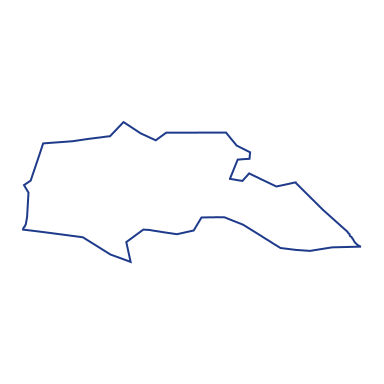 outline of Bayanxairxan, Dzavhan, Mongolia
{"feature_id": "93677404B10694461963849", "entity_name": "Bayanxairxan", "entity_type": "district", "adm_level": 2, "iso_a3": "MNG", "parent_name": "Mongolia", "parent_adm1": "Dzavhan", "projection": "mercator", "projection_center": [96.395, 49.358], "detail": "fine", "context": "isolated", "style": "outline", "palette": "blue", "viewbox_px": 384, "rotation_deg": 0, "n_neighbors": 0, "source": "geoboundaries", "source_scale": "gbopen_adm2", "svg_char_len": 3077}
<svg xmlns="http://www.w3.org/2000/svg" viewBox="0 0 384 384"><path d="M226.1,132.6L216.6,132.6L213.7,132.6L209.9,132.6L198.6,132.6L195.0,132.7L194.6,132.7L193.8,132.7L193.3,132.7L191.8,132.7L191.3,132.7L191.0,132.7L190.2,132.7L189.7,132.7L184.6,132.7L184.2,132.7L181.9,132.7L181.4,132.7L178.0,132.7L177.6,132.7L173.2,132.7L172.4,132.7L171.7,132.7L166.8,132.7L166.4,132.7L166.2,132.7L165.2,133.4L155.9,140.2L155.8,140.3L155.1,140.0L149.2,137.3L148.3,136.8L147.7,136.6L147.3,136.4L144.5,135.1L144.2,135.0L143.8,134.8L143.4,134.6L142.5,134.2L142.2,134.1L141.7,133.8L141.2,133.6L140.8,133.4L140.7,133.4L139.9,132.8L139.3,132.5L138.9,132.2L138.0,131.6L137.7,131.4L124.8,122.9L123.6,122.1L123.1,122.5L119.5,126.3L118.6,127.2L115.7,130.3L111.2,135.0L110.4,135.9L110.1,136.2L105.5,136.7L101.3,137.3L99.8,137.5L98.1,137.7L97.2,137.8L96.9,137.8L96.7,137.9L96.3,137.9L87.0,139.1L84.2,139.5L80.9,140.0L72.8,141.2L63.7,141.9L51.1,142.8L48.6,143.0L48.4,143.0L43.2,143.4L42.4,145.6L41.0,150.0L34.4,169.6L33.8,171.4L32.9,173.9L32.5,175.2L30.7,180.6L24.0,185.1L28.5,192.7L28.1,199.1L27.1,216.9L25.8,224.3L25.6,224.7L25.4,225.0L25.2,225.3L25.1,225.6L25.0,225.9L24.9,226.1L24.8,226.5L24.6,226.8L24.3,226.9L24.0,227.1L23.7,227.4L23.6,227.7L23.5,228.1L23.4,228.6L23.1,229.0L23.0,229.3L23.0,229.6L38.0,231.4L41.1,231.8L45.8,232.4L60.4,234.3L80.8,237.0L82.9,237.3L100.7,248.4L101.0,248.6L110.4,254.5L130.6,261.9L126.3,242.1L143.3,229.6L148.5,229.9L149.0,229.9L150.2,230.1L150.3,230.1L150.9,230.2L151.8,230.4L153.2,230.6L155.6,231.0L156.4,231.1L157.3,231.2L157.6,231.3L157.8,231.3L158.3,231.4L158.8,231.5L159.1,231.5L162.6,232.1L176.9,234.2L184.7,232.5L184.9,232.4L193.7,230.5L194.0,229.9L194.2,229.7L194.3,229.5L194.4,229.4L195.9,226.8L201.5,217.5L210.2,217.3L211.2,217.3L214.0,217.3L214.3,217.3L214.8,217.3L215.1,217.2L216.3,217.2L224.5,217.3L231.2,220.0L231.7,220.2L232.3,220.4L232.9,220.7L235.1,221.5L235.9,221.9L237.0,222.3L237.8,222.6L243.1,224.7L262.6,236.8L262.8,237.0L267.1,239.7L267.4,239.8L274.4,244.3L274.5,244.3L275.7,245.1L275.8,245.1L280.5,248.0L295.8,249.9L310.1,250.9L313.1,250.4L313.6,250.3L331.8,247.4L332.2,247.4L332.7,247.4L333.4,247.3L338.4,247.2L338.6,247.2L342.2,247.1L346.4,247.0L346.7,247.0L350.0,246.9L358.6,246.7L360.1,246.7L360.3,246.7L361.0,246.6L360.9,246.6L359.7,246.2L358.1,245.3L356.9,244.3L355.4,243.0L354.4,241.7L353.9,240.8L353.4,239.9L352.8,238.9L352.3,238.3L352.0,237.8L351.7,237.2L351.3,236.8L350.8,236.5L350.2,236.2L349.8,235.6L349.7,235.0L349.6,234.6L349.6,234.3L349.2,233.9L348.5,233.2L347.7,232.5L347.5,231.7L343.6,228.3L334.2,219.9L323.1,210.0L295.6,182.7L295.6,182.4L295.4,182.4L294.8,182.5L290.9,183.4L288.5,183.9L288.1,184.0L286.3,184.4L276.4,186.5L260.0,178.7L258.1,177.7L255.7,176.6L253.2,175.4L249.1,173.4L245.8,177.2L245.6,177.3L242.5,180.9L239.9,180.5L239.6,180.5L234.8,179.7L234.6,179.6L233.1,179.4L230.9,179.0L230.0,178.9L230.0,178.6L232.7,172.0L234.4,167.7L237.7,159.6L241.1,159.4L241.4,159.3L244.5,159.1L249.5,158.8L250.1,152.3L237.1,145.8L236.7,145.6L236.2,145.0L227.0,133.8L226.1,132.6Z" fill="none" stroke="#1e3a8a" stroke-width="2"/></svg>